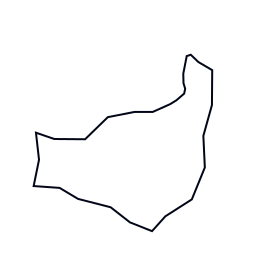 map outline of Wokingham (Equal Earth projection), rotated 19°
{"feature_id": "GBR-5701", "entity_name": "Wokingham", "entity_type": "Unitary Authority", "adm_level": 1, "iso_a3": "GBR", "parent_name": "United Kingdom", "parent_adm1": "", "projection": "equal_earth", "projection_center": [-0.911, 51.451], "detail": "fine", "context": "isolated", "style": "outline", "palette": "ink", "viewbox_px": 256, "rotation_deg": 19, "n_neighbors": 0, "source": "natural_earth", "source_scale": "10m", "svg_char_len": 496}
<svg xmlns="http://www.w3.org/2000/svg" viewBox="0 0 256 256"><g transform="rotate(19 128 128)"><path d="M103.8,211.3L82.8,206.9L57.7,213.6L54.2,187.0L42.5,162.4L61.9,162.4L91.1,152.6L105.4,124.3L128.9,110.7L146.1,104.8L160.1,91.7L164.7,86.1L169.9,77.2L169.3,72.3L165.9,67.6L162.6,58.7L160.1,40.9L163.5,38.3L173.0,42.7L188.8,45.9L199.9,79.0L201.8,110.9L213.5,140.3L211.6,174.7L192.1,199.3L184.3,217.7L160.6,216.6L137.4,208.6L103.8,211.3Z" fill="none" stroke="#020617" stroke-width="2"/></g></svg>